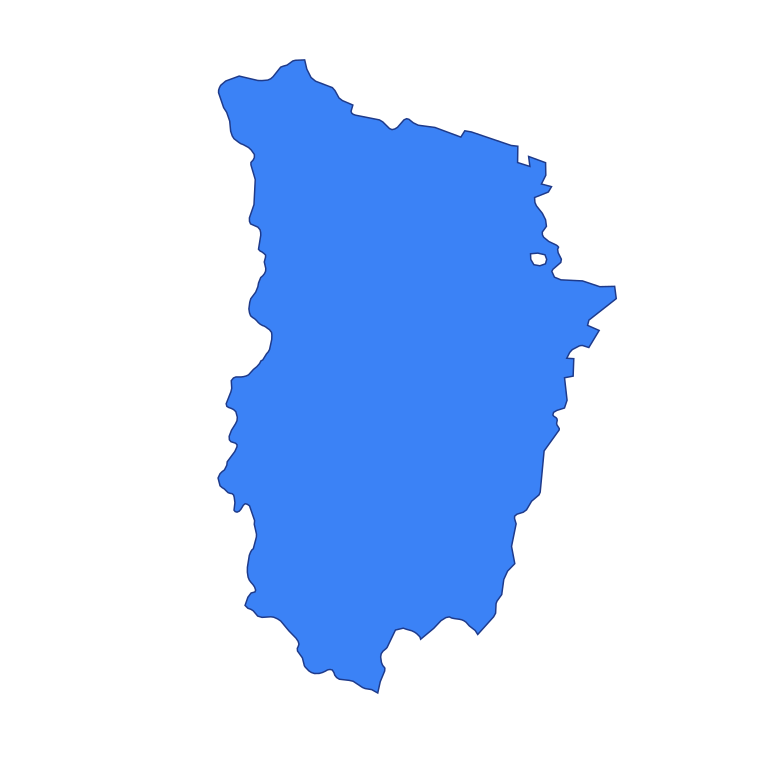 the border of León, rotated 280°
{"feature_id": "ESP-5830", "entity_name": "León", "entity_type": "Autonomous Community", "adm_level": 1, "iso_a3": "ESP", "parent_name": "Spain", "parent_adm1": "", "projection": "mercator", "projection_center": [-5.923, 42.635], "detail": "fine", "context": "isolated", "style": "filled", "palette": "blue", "viewbox_px": 768, "rotation_deg": 280, "n_neighbors": 0, "source": "natural_earth", "source_scale": "10m", "svg_char_len": 4302}
<svg xmlns="http://www.w3.org/2000/svg" viewBox="0 0 768 768"><g transform="rotate(280 384 384)"><path d="M644.7,170.1L647.3,170.5L649.8,171.3L654.9,175.5L662.1,187.9L661.0,207.1L661.6,211.1L663.1,216.7L664.9,219.4L667.4,221.4L678.1,227.2L679.6,229.7L681.2,233.1L686.3,238.1L687.4,240.5L689.4,249.6L680.7,253.3L673.2,258.9L670.3,264.1L666.9,281.7L664.4,284.8L657.9,290.0L655.9,293.8L653.3,304.9L646.9,304.2L645.1,305.2L644.2,307.0L643.8,309.3L643.3,333.6L641.9,337.3L636.5,345.1L635.9,347.7L637.0,350.3L639.1,352.7L647.6,357.8L649.2,360.2L649.0,362.6L646.3,367.5L644.8,372.8L645.5,389.6L640.5,416.8L647.4,419.6L647.4,426.3L641.0,467.8L641.4,474.5L625.3,477.1L623.6,489.9L633.2,486.9L630.0,504.7L617.7,507.1L608.3,504.3L607.4,514.7L601.6,512.5L593.8,499.9L589.0,501.1L585.9,503.2L579.6,510.3L573.8,514.6L567.5,516.6L561.1,513.5L558.4,514.1L556.2,515.8L553.0,521.5L550.7,529.7L550.0,531.0L549.1,532.1L548.5,532.1L547.9,531.8L546.7,531.6L543.5,532.7L537.7,537.0L534.4,537.0L526.4,530.5L524.1,529.7L518.8,533.3L517.3,540.2L520.0,561.6L517.3,579.6L520.2,594.2L508.4,597.9L482.5,574.7L477.1,574.3L474.1,586.6L455.5,579.4L456.4,572.8L456.0,571.0L455.4,569.7L450.6,563.5L447.3,561.4L441.1,559.5L441.9,566.5L424.6,568.9L421.5,560.7L399.8,567.1L391.7,565.9L388.0,558.8L385.5,555.9L382.8,555.7L381.8,556.7L380.7,559.3L379.7,560.4L378.3,560.9L375.3,560.8L373.8,561.4L370.6,564.3L369.2,564.5L345.9,553.3L304.6,556.6L301.7,555.9L294.2,549.7L284.8,546.2L281.9,543.4L278.9,537.6L276.5,535.6L274.2,535.9L269.2,538.4L246.2,537.8L229.8,544.0L221.2,538.2L212.3,535.9L197.1,536.5L189.8,533.0L187.2,532.5L177.7,533.7L173.8,532.4L153.6,519.8L157.1,516.6L160.6,510.0L163.7,506.1L164.7,503.9L165.3,501.5L165.4,499.0L165.2,494.0L165.3,491.3L166.0,488.8L164.7,485.5L160.8,481.2L152.0,475.4L139.0,464.4L140.9,463.5L141.8,462.5L143.8,459.6L144.9,457.3L145.8,454.3L146.4,448.2L146.9,445.4L143.7,438.0L125.1,432.8L123.9,432.1L120.7,429.4L117.9,428.1L114.6,428.1L109.4,429.8L107.0,431.3L105.8,432.5L105.3,433.2L104.3,434.2L101.5,434.5L90.2,432.0L78.6,431.5L80.9,424.9L80.8,418.3L81.4,415.5L85.9,405.2L86.1,401.2L85.5,391.3L86.7,388.3L88.7,386.1L91.1,384.8L93.4,382.7L93.5,380.4L92.7,378.1L91.0,376.1L89.2,373.5L87.7,370.4L86.8,365.7L87.3,362.5L88.5,359.7L91.6,355.5L92.7,354.5L100.1,351.2L106.0,345.2L108.6,344.5L110.7,345.1L113.1,345.4L115.7,344.1L118.4,341.5L124.3,333.3L132.7,323.4L134.2,320.0L135.2,315.9L135.1,313.0L133.0,304.4L133.5,299.9L137.9,294.7L139.0,292.0L139.5,288.9L141.8,285.6L150.4,287.0L155.1,289.4L156.8,293.0L158.7,293.4L161.6,291.8L163.7,289.8L165.5,287.5L167.5,285.4L170.2,283.7L175.0,282.1L179.8,281.3L192.0,281.1L195.3,281.8L197.5,282.6L199.1,283.9L211.2,284.9L214.0,284.5L223.3,280.6L227.0,280.3L240.7,272.7L241.8,270.3L242.0,268.1L240.3,266.6L235.7,264.8L233.6,263.5L232.3,261.5L232.5,259.6L233.7,258.2L241.2,257.8L246.6,256.1L248.6,255.1L249.6,253.5L249.6,251.6L249.9,249.4L251.2,247.4L252.9,245.0L253.8,242.7L255.3,240.2L262.6,236.9L267.2,238.1L269.6,239.8L271.7,241.8L276.8,243.3L280.2,243.1L291.6,248.8L296.6,250.1L298.7,249.8L299.9,248.1L300.6,243.3L302.2,241.4L305.6,240.6L311.9,241.8L319.1,244.7L322.4,245.6L325.9,245.3L331.0,242.9L332.7,240.3L333.5,237.6L333.9,235.1L334.7,233.1L337.1,232.0L349.9,234.6L353.3,234.8L360.8,233.0L363.8,234.7L365.2,236.9L366.1,242.0L366.9,244.5L368.0,246.9L369.5,249.0L375.7,252.9L378.9,255.7L382.5,257.9L385.4,258.8L386.6,260.4L393.4,263.1L395.5,264.4L398.1,265.3L408.5,265.7L412.6,265.1L415.3,264.3L417.6,261.8L418.6,259.6L419.6,257.7L420.3,255.7L420.4,254.7L420.7,253.7L421.4,251.7L422.7,249.5L424.4,247.4L425.8,245.2L426.7,243.0L428.0,240.8L430.7,239.2L434.5,237.9L441.1,237.6L444.9,238.0L452.2,241.7L457.9,242.9L461.7,242.9L467.4,244.1L469.5,245.8L471.9,247.1L474.5,247.8L477.3,247.5L483.4,244.9L488.3,245.3L490.4,245.0L491.6,243.3L492.8,241.0L493.5,238.8L494.9,237.0L509.1,236.8L511.9,236.2L514.4,235.1L516.6,232.5L518.5,224.8L520.8,223.3L524.2,222.6L538.1,224.8L563.0,221.7L576.7,214.9L579.1,214.5L581.8,216.2L584.4,217.0L587.5,216.5L591.4,212.6L593.4,209.5L595.3,203.8L595.8,201.2L596.8,198.9L599.5,193.7L601.9,191.5L606.3,189.1L616.1,186.4L624.2,181.9L628.3,178.1L642.1,170.5L644.7,170.1ZM535.0,522.6L539.2,520.1L539.6,512.7L537.7,505.7L532.2,506.9L527.5,510.9L527.5,517.0L530.4,522.1L535.0,522.6Z" fill="#3b82f6" stroke="#1e3a8a" stroke-width="1.5"/></g></svg>